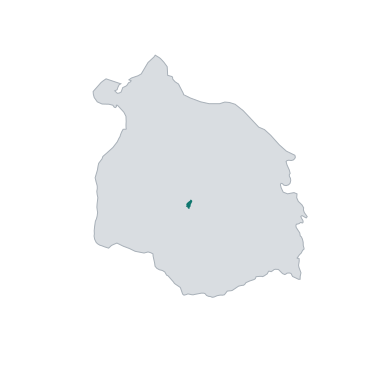 Albesti, Mures, Romania shown in context, rotated 215°
{"feature_id": "2599482B11453022019549", "entity_name": "Albesti", "entity_type": "district", "adm_level": 2, "iso_a3": "ROU", "parent_name": "Romania", "parent_adm1": "Mures", "projection": "albers", "projection_center": [24.86, 46.242], "detail": "fine", "context": "in_parent", "style": "filled", "palette": "teal", "viewbox_px": 384, "rotation_deg": 215, "n_neighbors": 0, "source": "geoboundaries", "source_scale": "gbopen_adm2", "svg_char_len": 4858}
<svg xmlns="http://www.w3.org/2000/svg" viewBox="0 0 384 384"><g transform="rotate(215 192 192)"><path d="M286.3,211.9L289.5,216.1L293.6,218.3L302.8,220.3L303.6,219.9L303.7,219.5L303.0,218.9L302.9,218.1L303.3,217.1L304.5,216.9L306.6,217.7L310.5,216.2L316.1,212.5L321.3,211.5L326.3,213.3L328.9,215.5L330.6,217.6L330.3,220.5L330.1,222.2L329.3,229.5L328.5,232.2L327.3,235.4L312.4,239.8L313.2,238.0L312.7,235.0L312.0,232.8L313.3,230.6L309.8,230.0L308.4,231.3L307.4,233.3L308.6,237.8L307.1,240.4L306.5,241.8L306.6,245.2L305.7,246.6L305.6,248.2L308.0,247.7L307.0,250.6L302.8,256.4L301.3,259.7L302.3,272.8L300.6,280.7L300.6,283.0L295.7,283.3L294.2,283.2L289.5,282.2L284.2,280.4L281.0,276.4L278.9,273.6L274.6,275.1L273.7,274.8L272.5,273.4L269.1,272.6L265.0,272.7L255.7,267.8L254.7,266.9L247.5,268.0L236.7,270.8L228.5,274.2L220.1,280.1L216.7,284.5L212.7,286.8L207.0,288.6L196.7,288.0L186.0,285.8L174.6,283.4L168.4,284.7L160.0,283.6L147.5,280.7L138.1,279.6L128.8,281.1L127.3,279.8L127.0,278.3L127.4,276.3L128.8,274.7L131.0,273.5L132.2,272.2L132.4,270.9L129.9,268.8L124.9,265.8L122.8,264.0L122.3,263.6L122.2,261.9L121.2,260.7L119.2,259.7L117.7,258.0L116.7,255.5L117.0,253.3L118.6,251.2L120.6,250.3L123.0,250.7L124.1,250.1L123.7,248.6L121.4,246.6L117.2,244.2L112.7,245.3L108.1,250.0L104.9,250.7L103.0,247.4L99.6,245.3L94.5,244.5L91.5,243.1L90.4,241.2L88.3,239.6L83.5,237.9L83.5,236.4L84.3,236.1L86.0,236.0L88.3,235.8L88.7,235.0L88.8,234.3L87.0,233.2L85.2,232.5L84.3,231.8L83.7,231.0L83.6,230.2L84.2,229.7L84.9,229.7L85.6,229.3L86.1,227.6L87.2,226.2L87.9,225.7L87.9,224.6L87.2,223.6L86.3,222.7L84.8,222.1L80.3,220.3L78.1,218.1L76.7,218.0L74.5,216.7L72.2,214.7L70.2,212.0L68.0,210.2L67.5,209.5L67.5,208.8L67.9,208.1L67.9,207.3L67.5,204.8L68.0,202.1L68.0,199.5L68.1,198.4L67.7,198.0L67.2,198.4L66.7,198.8L66.1,198.9L64.6,197.0L62.7,193.1L61.3,191.7L58.7,189.9L56.4,188.3L55.0,185.0L53.4,182.5L54.6,181.6L61.2,180.5L64.2,182.1L65.6,181.6L67.0,180.6L67.8,179.7L68.0,178.7L68.7,177.6L71.0,177.1L76.8,178.1L79.3,176.6L80.2,175.7L80.8,173.7L81.5,172.1L83.6,171.3L83.7,169.8L83.4,168.2L84.8,164.6L85.6,163.2L86.8,162.7L88.3,161.6L90.9,159.4L90.4,157.3L91.0,155.8L93.7,152.2L95.8,148.7L95.8,146.9L96.2,145.3L98.0,143.7L99.9,141.5L102.5,134.6L103.4,133.5L105.0,132.2L106.3,131.0L106.5,126.4L107.7,125.1L109.8,123.7L112.0,121.4L113.7,118.6L115.1,117.3L116.8,117.0L118.7,116.0L120.8,115.6L122.8,116.2L124.1,116.0L126.1,114.7L131.1,109.6L131.9,108.6L132.9,107.9L136.9,106.2L138.0,104.5L139.4,102.9L141.1,103.0L146.8,107.1L153.0,107.0L154.2,107.1L154.5,107.2L155.3,107.6L163.5,109.6L164.8,109.4L165.1,109.3L168.4,110.9L171.3,110.7L174.1,109.6L177.0,109.3L179.7,110.0L181.7,112.2L187.0,117.1L188.5,118.9L191.0,118.6L193.6,117.7L196.3,114.5L204.6,110.8L210.9,109.8L217.1,108.2L224.2,107.1L226.2,104.0L227.3,102.0L228.1,98.2L231.9,97.0L235.5,96.1L236.8,95.6L239.4,95.4L241.5,95.7L244.7,97.5L247.0,99.8L247.9,101.6L249.9,104.2L252.0,107.9L254.4,112.7L254.9,115.2L255.9,117.9L257.6,121.1L260.9,124.6L261.4,125.3L262.9,127.8L265.9,133.4L268.3,135.6L270.4,138.0L271.5,140.4L273.1,142.6L276.6,145.5L279.5,148.1L282.1,155.8L283.8,159.3L284.9,162.0L284.7,167.6L285.4,170.0L284.3,174.4L282.3,183.2L282.0,190.2L282.6,193.9L282.8,196.3L283.4,197.9L284.1,201.0L284.4,203.8L283.5,204.6L282.4,205.3L282.0,205.9L283.1,207.1L284.7,209.3L286.3,211.9Z" fill="#d9dde1" stroke="#a8b0b8" stroke-width="1"/><path d="M187.1,184.1L187.3,184.3L187.5,184.3L187.8,184.4L188.0,184.4L188.0,184.2L187.9,184.1L187.8,183.8L187.8,183.7L187.8,183.4L187.9,183.2L188.0,183.0L188.2,182.9L188.2,182.7L188.3,182.5L188.3,182.4L188.3,182.2L188.5,182.0L188.5,181.9L188.6,181.7L188.6,181.4L188.7,181.2L188.7,180.9L188.7,180.7L188.5,180.4L188.8,180.4L188.8,180.5L189.0,180.4L188.9,180.4L189.0,180.3L189.0,180.2L188.9,180.2L188.7,180.0L188.6,179.9L188.5,179.7L188.8,179.6L189.0,179.5L189.0,179.4L188.9,179.4L188.9,179.2L188.8,178.9L188.7,178.8L188.5,178.5L188.4,178.4L188.3,178.5L188.2,178.4L188.3,178.4L188.2,178.4L187.8,178.4L187.9,178.2L187.7,178.1L187.7,177.9L187.6,178.0L187.4,178.3L187.3,178.2L187.3,178.3L187.2,178.3L187.1,178.2L186.9,178.2L186.9,177.9L186.9,177.7L186.7,177.6L186.5,177.4L186.4,177.2L186.4,177.3L186.2,177.3L186.0,177.2L186.0,177.3L185.9,177.3L186.0,177.4L185.9,177.4L185.8,177.5L185.7,177.7L185.7,177.8L185.8,177.9L185.8,178.0L186.1,178.1L186.3,178.3L186.3,178.5L186.2,178.7L186.0,178.8L186.0,179.0L185.9,179.1L185.7,179.2L185.7,179.3L185.8,179.4L185.8,179.5L186.0,179.7L186.3,179.6L186.5,179.6L186.6,179.8L186.8,179.9L186.9,180.0L187.0,180.0L187.0,180.3L186.9,180.4L186.9,180.5L186.7,180.7L186.7,180.8L186.5,180.7L186.5,180.8L186.6,181.0L186.7,181.3L186.8,181.4L186.8,181.5L186.7,181.5L186.7,181.8L186.7,182.0L186.8,182.3L186.9,182.5L186.9,182.8L187.0,182.9L186.9,183.1L186.9,183.3L186.9,183.5L187.0,183.7L187.1,183.9L187.1,184.0L187.1,184.1Z" fill="#14b8a6" stroke="#0f766e" stroke-width="1.5"/></g></svg>